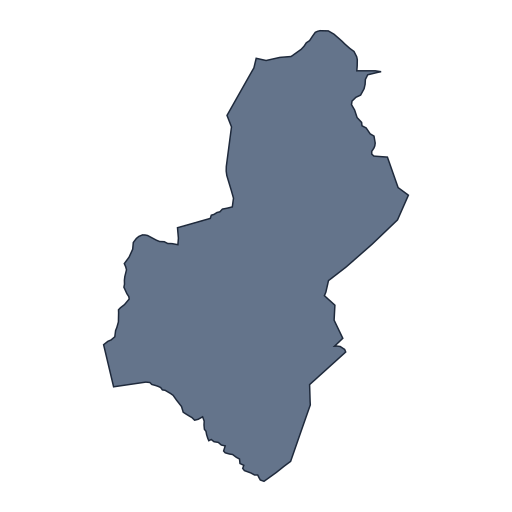 the district of Caicó, Rio Grande do Norte, Brazil
{"feature_id": "56859067B32446834792764", "entity_name": "Caicó", "entity_type": "district", "adm_level": 2, "iso_a3": "BRA", "parent_name": "Brazil", "parent_adm1": "Rio Grande do Norte", "projection": "orthographic", "projection_center": [-37.055, -6.462], "detail": "fine", "context": "isolated", "style": "filled", "palette": "slate", "viewbox_px": 512, "rotation_deg": 0, "n_neighbors": 0, "source": "geoboundaries", "source_scale": "gbopen_adm2", "svg_char_len": 2174}
<svg xmlns="http://www.w3.org/2000/svg" viewBox="0 0 512 512"><path d="M328.3,30.9L320.0,30.7L317.6,31.3L315.3,32.3L312.5,36.2L309.6,40.6L306.3,42.8L304.0,46.3L301.2,49.3L291.1,56.5L279.9,57.4L266.1,60.5L256.2,58.3L253.9,67.9L251.7,71.7L227.0,115.4L231.5,126.9L226.3,166.5L226.2,171.1L226.8,175.5L231.4,190.8L233.5,198.2L232.3,206.9L227.1,208.2L222.4,209.1L219.9,211.8L217.0,212.5L214.0,214.4L211.3,215.2L210.3,218.4L177.5,227.7L178.4,238.2L177.9,244.7L171.9,243.6L167.7,243.5L164.2,241.7L159.6,241.5L156.4,240.2L147.6,235.5L145.2,235.0L142.5,234.9L138.9,236.4L136.4,238.4L133.3,242.5L132.7,249.2L129.1,257.1L124.3,263.6L125.7,266.8L126.5,269.8L124.8,276.7L124.4,280.3L124.5,284.2L123.9,287.2L126.9,293.7L128.8,296.6L129.2,299.0L124.5,304.6L120.5,307.7L118.5,309.8L118.6,312.9L118.4,322.0L116.8,327.6L115.6,330.5L114.8,336.8L111.0,340.0L107.9,341.3L103.6,344.7L113.6,386.8L145.8,382.1L149.9,382.5L151.7,384.4L155.6,385.5L158.2,386.4L160.6,387.5L162.4,389.9L165.1,390.3L170.4,393.4L173.1,395.3L176.5,400.1L181.5,406.5L183.2,412.2L185.8,413.9L189.4,416.1L192.0,417.6L194.6,420.2L198.2,419.3L202.6,416.8L204.2,421.1L204.0,425.0L204.4,429.3L206.0,431.3L206.6,434.6L207.7,438.1L208.8,440.7L211.2,439.5L214.0,441.7L218.3,442.4L221.3,445.0L225.2,445.9L223.6,451.0L225.2,452.8L229.4,454.0L232.6,454.5L236.3,457.3L239.5,459.0L240.0,463.5L243.8,465.3L242.7,468.4L244.4,470.6L250.7,472.9L254.6,475.0L257.7,475.0L258.8,477.3L260.3,480.0L264.0,481.3L276.4,472.4L284.4,466.0L290.6,461.4L301.2,430.9L310.3,404.9L310.1,401.2L309.6,384.6L345.7,352.0L344.7,349.5L340.2,346.5L337.0,346.1L334.5,346.2L342.8,338.3L334.1,320.2L334.9,305.2L324.4,295.7L325.9,292.0L328.5,280.6L346.1,267.0L372.1,244.2L397.5,219.9L408.4,195.2L398.1,187.6L387.4,157.1L373.9,156.1L371.8,154.2L371.7,151.4L373.9,148.1L374.8,145.9L375.2,143.1L374.0,136.1L370.1,133.8L366.1,127.9L362.0,125.8L361.6,122.4L357.1,117.6L354.6,110.0L351.5,104.7L352.0,101.1L355.9,97.3L360.6,95.1L364.1,88.7L365.1,84.3L365.4,79.4L367.7,74.8L377.6,72.4L381.1,71.7L375.2,70.8L356.8,70.8L357.2,65.8L357.3,59.7L356.7,56.8L354.0,51.5L349.8,48.4L344.7,43.9L342.1,41.3L334.0,34.2L328.3,30.9Z" fill="#64748b" stroke="#1e293b" stroke-width="1.5"/></svg>